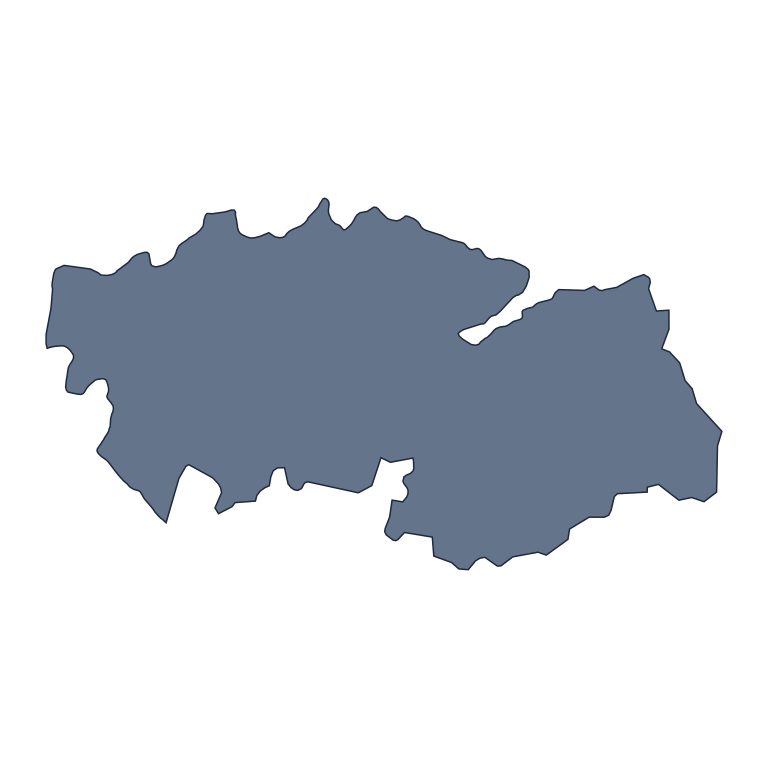 an SVG outline of Toledo
{"feature_id": "ESP-5848", "entity_name": "Toledo", "entity_type": "Autonomous Community", "adm_level": 1, "iso_a3": "ESP", "parent_name": "Spain", "parent_adm1": "", "projection": "albers", "projection_center": [-4.343, 39.785], "detail": "fine", "context": "isolated", "style": "filled", "palette": "slate", "viewbox_px": 768, "rotation_deg": 0, "n_neighbors": 0, "source": "natural_earth", "source_scale": "10m", "svg_char_len": 4563}
<svg xmlns="http://www.w3.org/2000/svg" viewBox="0 0 768 768"><path d="M47.2,348.4L46.1,343.9L46.1,334.4L51.0,308.1L52.6,289.1L52.0,285.8L52.3,282.1L53.8,273.3L55.0,270.4L55.9,269.0L64.0,265.4L90.4,269.0L98.0,272.7L101.1,275.1L107.5,275.4L111.9,274.5L114.5,273.4L116.2,272.0L117.2,270.7L128.5,262.3L129.6,260.8L131.9,258.0L134.0,256.3L137.2,254.5L144.1,252.4L147.1,252.3L148.9,253.8L150.7,263.9L151.9,265.8L155.8,266.9L161.9,265.6L165.9,263.9L171.8,259.8L173.8,257.7L175.0,255.4L176.1,252.8L176.7,250.2L179.0,245.8L181.9,243.3L186.5,240.3L189.4,237.8L195.4,234.4L199.8,230.5L203.1,226.2L203.7,222.9L204.0,220.1L205.5,215.2L207.0,213.5L212.6,213.7L225.3,211.9L231.3,210.0L234.2,210.1L235.6,212.3L235.4,214.8L235.9,217.5L236.5,220.0L237.7,228.3L238.5,230.9L239.8,232.9L241.7,234.5L247.0,237.0L250.5,238.0L254.3,237.8L260.5,236.2L268.8,232.7L274.9,236.8L279.3,237.7L282.7,237.4L285.2,236.0L286.5,233.9L289.1,231.4L292.6,229.4L300.8,225.9L304.5,223.2L307.0,220.3L308.4,217.5L316.7,208.9L318.5,206.6L319.7,204.0L323.1,198.8L324.5,198.3L326.1,198.8L327.8,200.2L328.8,202.3L329.1,204.7L328.4,209.9L328.5,212.5L329.2,214.9L331.2,219.6L333.1,221.7L335.5,223.8L339.6,225.4L343.4,229.7L344.5,229.9L345.9,229.2L349.7,225.9L351.5,223.9L353.7,220.5L355.7,216.7L357.2,214.8L360.1,212.7L367.0,211.5L373.7,207.2L376.2,207.4L378.3,208.9L379.9,211.1L387.6,218.7L391.8,220.0L396.9,220.9L400.6,219.6L403.1,218.0L405.5,216.0L407.9,216.3L413.7,218.7L416.2,220.4L418.3,222.4L420.0,224.8L421.3,227.2L423.7,229.3L427.1,230.8L441.6,235.4L450.2,239.6L463.1,242.9L464.5,243.8L466.0,245.3L467.4,247.3L470.1,249.4L472.5,249.6L477.2,248.4L479.3,249.0L481.2,250.6L485.4,256.6L487.3,257.9L488.9,258.6L492.2,259.5L499.0,258.4L502.6,258.9L507.0,260.1L512.0,260.5L525.3,267.0L528.1,269.4L529.1,271.1L529.0,272.8L529.2,276.4L528.9,278.2L526.5,285.5L525.8,287.0L523.6,290.5L523.0,291.8L521.7,292.9L518.5,295.0L516.5,295.3L513.0,297.5L500.5,311.0L496.2,314.8L491.2,316.3L489.6,317.5L485.3,322.6L483.9,323.8L480.7,324.1L463.8,329.5L460.6,331.3L458.1,333.5L459.3,336.1L462.6,339.1L471.2,344.5L475.6,345.2L478.8,344.3L480.8,341.8L485.1,338.4L487.4,337.3L491.2,333.6L493.7,330.6L495.5,329.0L497.6,327.9L500.5,326.9L505.5,326.3L508.6,324.9L513.3,321.5L519.6,319.6L521.8,318.4L522.5,316.6L522.1,311.6L523.4,310.1L527.6,308.4L532.7,307.1L533.1,306.8L535.0,305.0L536.7,303.7L538.9,302.6L549.7,299.8L552.1,298.7L553.2,296.7L555.1,292.8L558.7,289.6L584.6,290.4L593.9,286.2L599.1,290.1L602.1,290.6L605.5,289.5L616.6,287.4L632.9,278.4L643.8,274.6L648.7,277.4L649.7,278.9L650.3,282.4L648.6,288.7L656.4,311.0L668.9,310.2L669.0,329.2L661.7,348.8L669.5,351.9L679.7,362.9L685.1,380.6L692.1,388.6L696.6,403.6L721.9,431.4L717.5,445.9L716.6,492.1L704.0,501.7L691.7,497.5L678.9,500.2L658.5,484.4L647.3,487.2L647.2,492.1L617.4,493.7L614.3,496.6L611.1,510.3L608.7,515.2L604.4,517.2L589.1,517.2L569.6,529.0L567.9,539.4L546.3,555.1L537.9,552.2L512.7,556.9L500.9,565.9L497.2,566.0L484.9,557.3L479.9,558.2L475.6,560.8L468.2,569.7L458.8,568.9L451.5,562.5L433.8,556.1L432.3,537.1L404.5,532.5L397.9,539.6L395.6,540.7L392.9,540.0L386.2,534.8L384.7,531.7L385.2,528.4L389.6,517.1L392.1,500.1L402.7,501.9L406.7,497.0L407.9,494.2L408.1,490.6L407.2,488.0L403.9,483.6L403.0,481.4L403.8,477.0L406.6,475.0L410.1,473.6L413.0,471.1L413.8,468.3L413.5,461.1L412.9,458.1L390.4,462.3L381.0,457.7L371.8,485.6L358.3,492.8L307.8,481.8L305.4,482.5L303.9,483.9L302.2,487.4L301.2,488.7L297.7,490.4L294.3,489.8L291.1,487.6L288.1,484.0L284.5,467.7L277.3,467.9L273.1,470.9L270.8,476.9L269.3,485.8L265.0,487.6L260.4,490.9L256.8,495.5L255.4,501.1L235.1,502.6L232.1,506.6L218.5,513.7L215.0,507.9L221.6,492.6L220.6,487.8L218.4,483.9L212.7,477.8L188.8,464.7L185.8,466.4L178.9,478.5L166.1,522.7L163.0,519.9L160.1,517.6L158.8,516.3L155.2,512.3L152.4,508.2L144.3,498.7L140.4,492.0L138.4,490.6L133.6,489.3L129.5,486.7L127.4,484.1L123.5,480.8L117.8,474.4L107.8,461.3L105.8,459.6L101.5,456.6L99.5,454.7L97.8,452.8L97.0,450.7L97.5,448.6L100.5,444.4L101.9,442.1L103.5,439.9L104.7,437.5L107.6,433.2L108.7,431.0L109.3,428.5L110.2,426.2L110.6,418.8L111.9,413.9L112.9,411.5L113.4,408.8L113.1,406.0L111.2,403.0L107.6,398.5L106.8,396.4L108.6,391.1L108.5,387.7L107.3,383.0L106.2,380.2L104.1,378.9L102.3,378.7L96.9,379.5L95.1,380.2L89.6,384.9L87.1,387.6L84.1,392.6L82.7,393.8L81.0,394.4L77.2,394.1L68.0,392.1L66.5,390.3L65.6,387.2L66.4,379.6L67.1,376.1L67.6,372.0L68.3,367.8L69.7,364.8L72.7,360.2L73.5,357.9L73.5,355.5L72.3,353.3L70.8,351.2L69.0,349.1L67.1,347.5L64.8,346.3L62.5,345.8L55.0,346.3L49.8,347.4L47.2,348.4Z" fill="#64748b" stroke="#1e293b" stroke-width="1.5"/></svg>